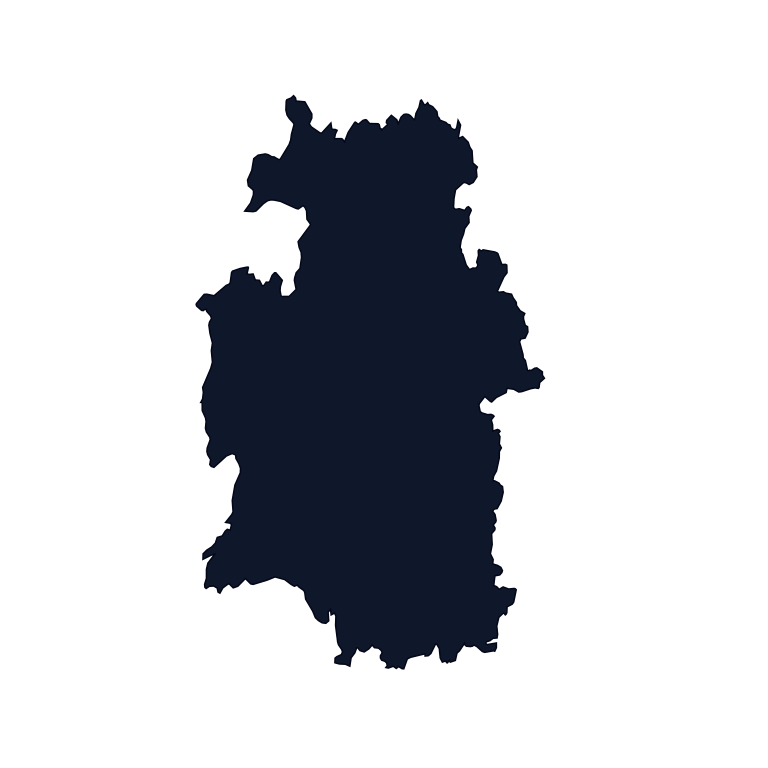 SVG path tracing the border of Nordrhein-Westfalen, rotated 295°
{"feature_id": "DEU-1572", "entity_name": "Nordrhein-Westfalen", "entity_type": "State", "adm_level": 1, "iso_a3": "DEU", "parent_name": "Germany", "parent_adm1": "", "projection": "natural_earth1", "projection_center": [7.941, 51.424], "detail": "fine", "context": "isolated", "style": "filled", "palette": "ink", "viewbox_px": 768, "rotation_deg": 295, "n_neighbors": 0, "source": "natural_earth", "source_scale": "10m", "svg_char_len": 6171}
<svg xmlns="http://www.w3.org/2000/svg" viewBox="0 0 768 768"><g transform="rotate(295 384 384)"><path d="M251.3,250.8L260.2,250.0L262.1,248.6L265.5,243.3L268.4,240.9L274.9,238.6L277.9,236.5L283.1,230.5L289.8,227.3L290.2,226.3L289.9,225.7L293.8,225.9L300.1,223.8L304.2,221.1L324.9,220.4L331.2,219.3L341.3,213.4L348.6,211.2L356.3,204.9L363.3,200.4L366.2,199.7L370.5,200.0L372.6,197.9L374.9,192.6L376.6,191.6L375.4,189.7L374.2,189.3L373.6,187.6L375.4,181.4L376.5,180.2L377.7,180.0L389.2,183.1L390.5,185.4L392.2,192.7L406.7,199.3L408.8,201.3L410.8,201.8L420.7,198.7L422.3,199.0L427.8,204.7L432.1,210.5L432.5,211.6L432.0,212.0L425.9,213.3L426.4,215.6L428.4,218.9L423.9,223.4L425.3,227.3L421.5,232.2L422.6,233.5L426.6,234.2L427.3,236.3L428.6,237.1L435.1,236.7L438.6,237.8L439.1,239.0L435.0,248.0L428.6,248.9L424.8,250.3L420.4,253.4L420.2,254.5L423.3,261.0L432.6,264.4L440.0,259.0L442.3,258.2L447.8,257.4L453.2,259.0L463.8,255.8L468.4,253.2L471.9,249.4L476.7,246.0L496.9,250.1L498.0,249.5L500.7,244.6L508.2,240.6L510.6,237.8L511.5,235.3L506.4,232.3L506.0,230.4L505.8,213.1L504.2,206.5L502.9,203.5L500.9,201.0L496.5,198.5L486.7,194.9L484.9,192.6L481.8,184.7L491.7,186.6L500.2,185.7L503.9,184.1L504.8,182.7L506.3,177.3L511.2,174.1L521.7,173.9L533.2,170.7L538.2,173.2L542.3,179.1L542.9,182.1L542.5,186.4L543.4,188.4L542.9,193.2L543.5,194.9L560.9,196.8L565.8,196.3L571.1,194.6L581.2,192.8L582.4,191.4L584.6,186.0L586.8,182.5L590.8,179.3L599.1,175.8L600.6,175.8L603.9,178.9L607.1,180.2L605.9,182.9L603.3,184.7L606.3,193.0L598.2,204.5L594.5,206.2L588.2,206.3L586.3,209.5L584.5,220.1L585.1,221.5L598.1,225.6L593.5,228.6L593.0,229.6L594.1,232.3L594.1,234.3L590.1,234.3L585.4,235.4L588.4,241.7L588.4,242.9L586.7,245.9L596.9,245.2L608.8,246.9L609.3,247.5L608.5,251.0L614.0,253.5L615.7,255.4L615.9,256.6L614.0,260.9L617.4,268.6L617.0,270.1L614.2,272.3L614.0,273.8L613.2,274.5L620.5,277.6L621.2,277.4L621.8,275.7L624.1,275.0L630.6,277.1L628.9,283.9L626.0,286.8L633.1,286.7L636.7,288.1L638.0,290.0L638.6,292.4L638.3,294.6L636.2,299.6L637.7,299.9L642.8,298.6L649.5,298.8L656.3,297.3L657.2,297.9L654.0,302.6L654.7,303.7L657.4,304.7L656.0,306.5L655.9,310.9L653.2,316.9L649.1,319.6L648.3,321.6L646.8,323.3L647.2,329.7L646.3,331.9L646.7,334.2L644.4,336.6L644.1,338.3L644.2,340.1L645.0,341.4L647.3,341.5L654.3,339.7L651.0,344.0L640.1,346.8L638.2,347.9L641.5,350.7L638.7,358.1L634.9,361.7L632.7,365.2L621.9,371.1L620.1,376.9L617.2,377.1L611.2,380.6L604.4,379.7L600.8,376.9L601.0,373.7L600.7,371.9L599.8,370.8L590.2,366.8L581.6,369.1L573.7,372.3L572.9,373.2L572.5,375.0L574.7,378.2L575.4,383.8L579.1,384.5L580.4,385.6L579.3,388.7L578.2,389.7L571.9,389.9L566.2,392.9L559.1,391.5L553.6,392.7L546.8,393.2L539.8,395.3L538.5,397.3L535.6,398.8L534.8,400.7L526.6,408.2L523.8,413.2L526.7,415.6L527.8,418.3L530.1,419.0L531.7,418.6L533.6,416.5L540.5,415.3L544.5,413.1L546.1,413.4L545.7,416.1L547.5,417.1L550.5,428.6L550.6,431.1L550.3,432.1L542.1,440.3L543.8,443.6L543.7,445.0L536.8,448.5L531.7,447.4L516.2,447.5L515.6,449.1L518.1,453.3L517.8,455.8L519.3,461.6L516.7,464.6L513.9,469.4L511.1,470.9L507.9,476.5L507.4,481.8L504.0,481.9L501.5,483.3L496.9,487.2L496.6,489.9L491.9,492.5L485.2,492.5L482.7,489.0L479.6,489.0L469.5,497.5L466.5,499.2L465.0,502.2L456.9,508.4L456.9,509.2L458.2,510.2L458.3,511.5L462.0,513.9L463.2,515.7L462.0,522.4L458.9,523.9L457.0,527.0L451.1,524.5L446.4,526.0L445.2,525.7L444.3,522.5L441.7,518.9L435.3,512.1L433.7,509.6L434.1,503.9L432.1,497.3L427.9,498.3L419.2,491.5L413.2,489.2L413.1,487.9L415.3,480.7L406.4,478.7L404.5,479.2L399.7,482.8L399.2,485.0L400.0,490.8L401.7,493.8L401.8,495.9L401.3,497.4L396.8,496.4L392.9,499.7L387.3,502.5L390.8,506.1L390.8,508.1L390.1,509.2L387.6,508.5L385.2,511.4L378.5,513.8L375.7,517.4L371.5,517.1L365.5,519.8L352.7,522.7L347.0,522.3L343.3,523.2L342.3,524.2L343.0,525.1L342.8,530.1L341.5,532.2L341.2,534.7L336.2,537.8L327.4,539.7L318.9,539.2L317.3,536.8L314.7,536.1L312.7,539.7L307.9,543.2L306.3,543.6L302.4,542.6L300.4,545.5L298.6,546.1L293.8,544.8L284.2,549.9L275.1,552.2L271.1,557.1L266.9,558.6L267.6,563.5L267.2,567.4L265.0,570.2L262.9,570.5L259.9,569.6L257.0,565.6L247.8,568.6L247.9,571.8L246.6,575.2L250.4,577.7L250.9,583.7L253.7,588.3L253.9,589.5L253.4,590.8L241.2,593.7L238.7,593.3L234.1,589.7L228.6,592.0L227.1,592.0L226.0,591.5L227.0,589.6L226.7,588.9L221.1,586.7L212.3,588.5L205.1,592.8L201.6,593.8L199.6,590.3L196.1,588.5L193.7,585.8L192.4,585.6L191.4,586.7L191.5,587.7L196.8,595.3L192.5,597.3L188.6,597.3L188.5,596.1L183.3,588.6L183.1,586.2L185.3,579.0L185.4,575.8L183.8,575.0L182.5,573.2L181.2,569.5L181.6,567.9L183.3,566.6L174.0,565.2L170.9,563.9L163.6,565.5L159.9,561.6L161.1,559.9L158.1,559.4L157.9,558.5L159.1,557.0L156.6,554.4L159.4,550.8L167.6,545.9L170.5,541.7L170.1,540.6L159.6,540.4L156.5,539.0L154.8,536.2L156.8,535.2L147.6,523.7L144.7,521.3L134.2,522.3L133.6,520.6L134.1,516.7L131.4,515.3L132.1,511.7L128.4,508.0L127.8,505.5L130.1,506.0L132.3,504.3L133.1,502.0L132.7,498.6L134.1,496.6L136.2,495.6L139.6,495.9L141.3,494.2L142.3,490.7L141.0,486.7L142.5,483.6L137.5,482.2L132.8,479.3L132.2,475.0L133.8,471.7L133.4,470.7L128.0,471.2L121.9,469.9L113.8,472.3L113.7,467.4L111.4,461.9L110.6,457.3L114.9,455.5L117.0,456.5L120.8,459.8L123.6,459.6L125.5,457.9L128.4,453.0L130.5,451.1L144.6,442.2L153.3,438.5L155.5,436.0L152.4,433.7L157.1,430.8L153.6,429.8L146.0,434.0L142.5,432.4L141.4,428.8L141.9,424.5L143.2,420.6L148.0,415.4L155.9,403.9L161.4,400.4L162.9,398.7L164.2,392.1L165.1,390.4L162.8,388.2L163.1,384.6L164.8,376.7L163.1,366.8L157.1,361.2L147.1,350.1L146.5,347.7L149.1,340.6L138.9,337.0L135.5,333.5L137.5,328.0L136.1,326.8L131.0,324.1L125.1,323.7L125.2,321.6L128.6,319.0L128.9,315.0L126.9,311.3L123.5,309.2L124.1,307.5L126.6,306.1L132.8,305.2L141.0,301.4L147.2,300.1L158.0,302.4L156.0,299.8L148.6,294.0L153.7,291.8L158.6,293.6L163.4,296.7L168.5,298.4L174.5,297.7L177.9,301.6L183.7,302.3L186.1,303.4L186.5,306.4L192.2,305.2L192.8,303.2L191.6,298.9L201.3,301.2L204.4,301.2L214.3,295.7L229.4,291.6L242.8,291.3L246.9,289.6L250.4,286.2L253.9,281.3L257.0,279.5L256.8,275.8L252.2,271.6L236.6,265.1L236.3,262.2L237.4,260.1L242.2,258.8L245.4,254.1L248.0,252.0L251.3,250.8Z" fill="#0f172a" stroke="#020617" stroke-width="1.5"/></g></svg>